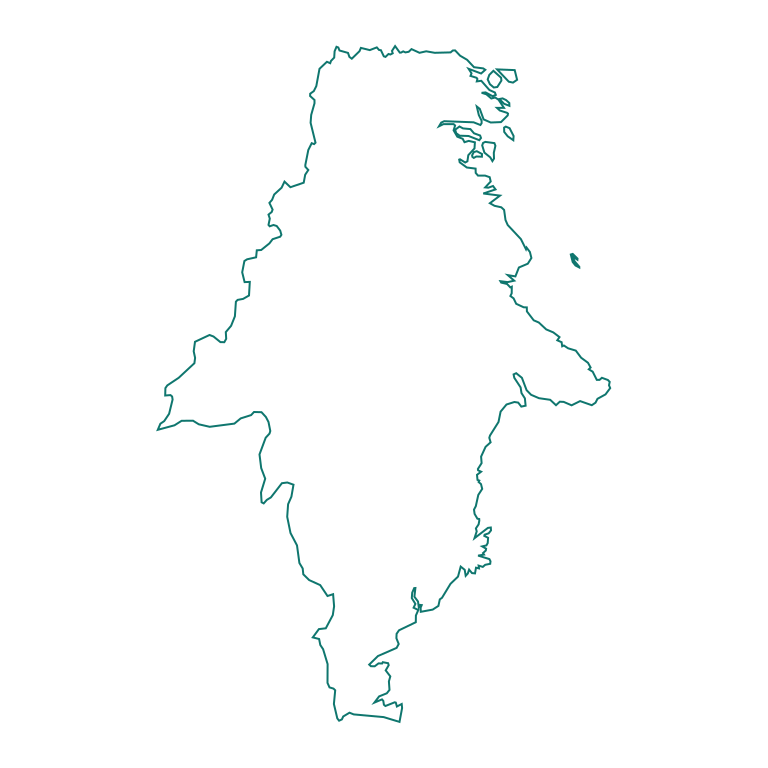 the Province of Kalimantan Timur
{"feature_id": "IDN-1185", "entity_name": "Kalimantan Timur", "entity_type": "Province", "adm_level": 1, "iso_a3": "IDN", "parent_name": "Indonesia", "parent_adm1": "", "projection": "natural_earth1", "projection_center": [116.728, 1.017], "detail": "fine", "context": "isolated", "style": "outline", "palette": "teal", "viewbox_px": 768, "rotation_deg": 0, "n_neighbors": 0, "source": "natural_earth", "source_scale": "10m", "svg_char_len": 6053}
<svg xmlns="http://www.w3.org/2000/svg" viewBox="0 0 768 768"><path d="M395.1,46.1L399.8,52.6L401.0,52.6L403.2,51.4L405.4,52.4L408.7,51.8L411.5,49.1L419.5,52.8L426.2,51.3L434.7,52.8L450.6,52.4L452.8,50.5L455.1,50.4L460.1,55.7L467.1,59.8L474.0,67.2L483.2,68.4L485.3,69.8L481.1,73.5L468.6,68.8L471.5,73.3L470.5,75.9L476.6,77.8L477.4,79.0L476.8,81.4L481.3,80.8L489.4,90.0L494.9,92.5L495.8,94.9L492.6,96.2L485.6,92.4L481.6,92.8L486.4,94.3L491.3,98.5L495.2,97.5L498.5,99.7L504.0,107.9L497.0,107.9L499.8,110.5L507.0,112.8L508.0,113.6L507.7,115.4L501.0,122.1L490.7,122.5L483.6,119.4L479.8,108.9L476.8,106.5L478.8,115.0L481.6,120.7L481.6,123.2L480.4,125.0L473.6,122.3L444.2,121.2L441.2,122.6L439.0,126.3L443.5,124.1L453.6,124.1L455.1,125.5L453.6,130.3L457.3,136.7L462.7,138.8L464.5,142.2L468.7,140.9L474.9,142.3L474.5,148.4L468.3,155.2L467.4,161.3L465.2,162.5L460.0,159.3L459.2,159.6L459.7,162.3L466.8,167.5L475.6,168.6L475.7,172.9L478.0,175.6L485.1,175.6L489.7,177.2L490.7,181.5L485.2,187.4L488.3,187.7L493.0,186.0L495.5,189.4L483.3,193.5L500.0,195.6L489.9,203.2L494.5,205.8L501.3,207.3L504.1,209.9L505.5,220.0L507.7,225.0L520.9,239.1L526.0,249.3L526.6,247.6L529.9,252.0L531.4,258.0L527.8,263.7L518.9,267.5L515.4,276.4L507.8,275.1L514.2,280.7L507.7,282.1L500.4,281.2L501.2,282.6L507.1,284.0L510.3,287.4L511.8,286.7L511.7,293.3L510.4,296.0L513.6,298.4L516.2,303.8L523.7,307.3L526.8,307.4L526.9,311.4L533.7,320.3L538.8,322.5L546.2,329.4L553.3,332.4L559.5,337.1L557.3,340.3L561.6,342.2L562.2,346.3L563.9,345.5L568.1,348.3L575.8,350.6L581.1,357.7L588.0,362.8L590.6,367.5L588.8,369.3L592.7,371.7L596.8,379.9L599.5,379.9L601.9,377.8L607.9,380.0L609.7,381.9L609.0,385.3L610.2,388.1L605.5,394.4L597.5,398.8L595.5,402.7L591.8,405.2L580.1,401.1L571.6,405.3L563.7,401.9L559.8,401.7L556.0,405.2L550.2,399.8L539.0,398.2L531.1,394.8L526.6,390.2L521.9,377.8L516.2,373.2L513.6,374.4L514.3,377.8L520.6,387.4L521.5,393.1L524.9,398.4L525.6,405.7L521.3,406.6L518.2,402.6L514.4,402.0L506.5,404.5L500.6,411.6L498.5,422.0L490.0,435.5L489.3,437.8L490.6,442.3L485.6,446.8L481.1,456.6L481.6,463.1L477.9,469.0L478.1,470.3L481.1,471.7L477.0,474.8L477.5,479.9L479.3,480.6L478.6,482.0L481.0,484.1L482.2,488.9L478.3,494.9L475.8,506.2L474.0,509.6L474.6,513.9L477.4,518.7L479.2,519.0L479.3,520.7L478.6,524.4L475.9,528.4L476.7,531.4L474.5,538.2L487.9,527.9L490.8,527.5L491.0,530.4L488.7,533.3L484.6,534.7L484.3,535.9L488.1,537.8L487.7,543.1L486.4,545.4L482.2,546.4L486.1,548.7L485.8,550.5L483.0,553.1L484.0,554.6L478.1,555.6L489.4,559.1L490.5,561.3L490.2,563.8L485.2,564.8L482.8,566.9L478.6,565.6L479.0,568.4L476.0,567.7L475.0,573.4L472.0,573.1L469.1,569.6L467.8,573.5L465.7,575.8L464.7,569.8L460.7,566.6L458.0,576.6L450.5,583.8L442.0,597.8L439.8,599.4L438.4,605.9L432.7,609.6L420.8,611.8L420.6,607.7L421.7,605.1L420.1,604.9L418.8,607.4L418.0,601.5L414.4,596.7L415.4,588.0L414.2,588.1L412.2,592.7L411.8,598.1L415.4,603.9L413.6,607.7L418.3,610.0L415.9,615.5L415.8,622.2L399.0,630.3L396.6,633.8L396.4,638.2L398.7,644.0L396.6,647.9L378.0,656.0L369.2,664.6L370.9,666.2L374.7,666.3L378.5,663.4L382.1,663.5L382.8,662.2L388.1,663.2L388.7,665.2L385.7,670.4L390.3,676.4L388.9,681.4L389.5,689.9L386.8,693.3L379.1,696.4L374.4,702.6L382.0,699.4L383.3,700.9L383.9,704.7L385.4,706.0L394.7,702.3L395.8,702.6L396.9,706.5L401.7,704.0L402.1,708.0L399.5,721.9L383.7,717.1L353.7,714.4L349.5,712.7L343.2,716.5L341.9,719.4L339.1,720.7L337.3,718.4L333.9,704.0L335.2,690.3L333.5,688.6L329.5,687.4L327.5,682.9L327.6,664.1L323.1,649.2L320.3,645.0L319.1,639.0L312.8,637.4L318.9,629.1L325.8,628.3L332.8,615.1L334.1,606.3L333.1,594.2L327.5,596.0L320.2,585.1L309.2,580.1L303.3,574.3L302.7,568.5L299.4,563.0L297.0,545.4L290.5,533.0L287.2,516.8L288.1,504.2L291.4,496.7L293.5,484.7L287.3,482.5L281.9,483.2L270.9,497.4L266.8,499.9L263.7,503.4L261.6,502.3L261.0,492.5L265.2,478.7L261.2,468.1L259.5,454.4L265.7,437.7L269.5,433.6L270.3,431.0L268.5,422.0L265.9,417.0L261.5,412.2L254.0,412.0L251.1,415.1L240.7,418.4L234.4,423.6L209.7,426.8L198.8,424.3L193.0,420.7L181.6,420.8L174.5,425.3L157.8,429.8L160.4,423.7L164.2,421.1L169.1,413.8L172.6,399.5L172.1,396.5L170.5,395.1L165.2,395.5L165.4,388.1L167.3,385.4L178.7,377.8L194.4,363.2L195.1,357.9L193.7,351.3L195.0,341.8L209.5,335.0L213.5,336.5L220.4,342.1L224.3,342.2L226.2,338.8L225.8,332.1L231.1,325.8L234.9,316.3L235.9,301.7L237.6,299.9L243.1,298.9L249.0,295.5L249.8,281.9L244.6,282.1L242.2,272.3L244.4,261.0L247.1,259.3L256.1,257.3L256.8,250.3L261.2,250.0L269.4,243.4L272.6,239.2L280.2,236.7L281.4,234.8L280.2,230.6L276.7,226.0L273.5,225.0L269.7,226.3L268.5,224.9L269.8,218.6L268.5,214.6L271.7,212.0L272.6,209.6L269.4,202.9L272.1,199.8L274.2,194.5L281.6,187.7L284.5,181.6L290.4,187.2L303.7,182.7L305.2,174.7L308.3,170.0L305.4,166.8L305.3,165.1L308.3,150.0L311.7,143.2L314.1,144.1L315.5,142.7L310.6,122.8L311.2,114.9L314.5,103.3L314.5,100.0L310.1,96.0L310.2,93.7L313.8,91.1L316.3,86.1L319.5,68.8L326.9,61.8L330.2,63.2L331.0,60.9L334.2,57.6L334.6,51.3L336.5,46.8L338.3,47.5L339.5,50.5L348.0,52.9L349.4,56.9L351.8,58.7L359.5,51.2L360.9,47.9L369.8,50.1L376.8,47.4L379.1,50.0L380.9,50.2L383.8,56.3L385.5,56.9L388.5,54.0L390.4,54.5L392.7,53.3L392.0,50.9L395.1,46.1ZM481.0,138.0L479.3,140.2L468.6,136.0L459.7,135.7L456.2,133.2L455.2,129.7L459.5,126.5L463.0,128.4L470.4,129.1L474.0,133.3L480.1,135.5L481.0,138.0ZM485.3,141.9L494.4,143.1L495.4,145.8L493.8,152.8L494.0,158.6L492.4,161.1L490.3,157.4L484.4,152.6L482.2,145.4L483.1,142.9L485.3,141.9ZM497.1,69.4L514.7,70.1L517.1,79.8L513.0,82.6L508.8,81.7L497.1,69.4ZM493.4,70.8L501.1,77.7L501.4,80.6L497.3,87.0L493.8,87.5L489.9,84.2L487.7,79.4L489.3,74.9L493.4,70.8ZM513.6,136.0L513.3,140.2L507.7,136.3L504.2,131.9L504.1,127.6L505.8,126.6L509.6,128.2L513.6,136.0ZM476.8,151.2L482.0,154.0L481.9,156.7L476.3,156.5L473.8,157.9L472.4,156.9L472.1,155.3L473.8,152.1L476.8,151.2ZM509.4,105.8L504.1,103.8L499.4,99.0L502.6,98.4L506.1,100.1L509.3,103.0L509.4,105.8ZM574.6,261.3L579.3,266.8L579.3,267.5L575.5,265.5L572.7,262.0L570.8,254.5L572.7,253.9L577.5,258.6L577.4,259.7L572.4,256.3L574.6,261.3Z" fill="none" stroke="#0f766e" stroke-width="2"/></svg>